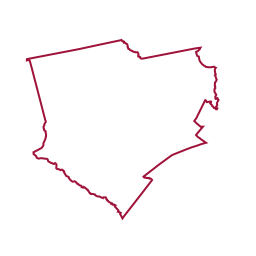 Grajaú, Maranhão, Brazil, rotated 79°
{"feature_id": "56859067B31201037702060", "entity_name": "Grajaú", "entity_type": "district", "adm_level": 2, "iso_a3": "BRA", "parent_name": "Brazil", "parent_adm1": "Maranhão", "projection": "robinson", "projection_center": [-45.931, -5.808], "detail": "fine", "context": "isolated", "style": "outline", "palette": "rose", "viewbox_px": 256, "rotation_deg": 79, "n_neighbors": 0, "source": "geoboundaries", "source_scale": "gbopen_adm2", "svg_char_len": 5519}
<svg xmlns="http://www.w3.org/2000/svg" viewBox="0 0 256 256"><g transform="rotate(79 128 128)"><path d="M40.3,117.6L40.4,118.5L40.5,120.4L40.5,121.6L40.8,141.6L41.0,150.9L41.2,161.6L41.2,163.0L41.2,167.1L41.1,205.9L41.1,214.1L41.6,214.3L42.4,214.4L42.3,213.5L42.4,212.8L42.3,212.2L42.8,211.9L43.3,211.6L47.2,211.3L53.1,210.9L85.0,208.9L104.6,207.7L105.3,207.5L105.8,207.6L106.4,207.6L106.8,207.9L107.3,208.5L107.8,208.9L108.4,209.5L109.2,209.5L109.8,209.9L110.3,210.5L111.1,210.7L111.8,210.9L112.5,210.6L113.7,210.8L114.4,210.5L114.9,210.0L115.4,209.5L116.1,209.8L116.7,209.7L117.6,209.7L118.6,209.6L119.1,209.7L119.7,209.9L120.4,210.0L121.0,210.4L121.5,210.6L122.1,210.8L122.8,211.1L123.2,211.3L124.0,212.0L125.4,212.8L126.0,213.4L126.5,213.8L127.6,214.1L128.2,214.2L128.8,214.4L129.5,214.8L130.0,215.4L130.4,215.9L131.1,216.6L133.8,225.4L134.5,225.3L135.4,225.7L136.6,224.8L137.3,224.1L138.2,223.4L139.0,223.5L139.8,223.2L141.0,221.6L141.0,220.5L141.0,219.5L141.1,218.9L141.2,218.3L141.4,217.8L141.8,217.0L141.9,216.2L142.2,215.5L142.5,214.8L142.6,213.9L143.1,213.1L143.7,212.8L144.6,212.7L145.2,212.7L145.8,212.3L146.3,211.7L146.8,211.1L147.2,210.5L147.7,210.1L148.0,209.2L148.6,208.7L148.9,208.2L149.2,207.5L148.9,207.0L148.5,206.3L149.2,205.6L149.9,205.3L150.6,205.2L151.3,205.4L152.0,205.6L152.4,205.7L153.1,205.9L153.7,206.1L154.3,205.7L154.8,205.3L155.0,204.4L155.2,203.9L155.5,203.5L156.1,202.8L156.5,202.2L156.2,201.6L156.2,200.9L156.8,200.5L157.1,199.8L158.0,199.6L158.4,198.9L158.9,198.9L159.4,199.2L160.0,199.0L160.5,198.9L161.2,198.4L161.7,198.4L162.8,198.0L163.4,197.6L164.2,196.4L164.6,195.7L165.3,195.5L166.0,195.6L166.6,195.2L167.5,194.8L168.0,194.5L168.4,194.1L169.7,193.2L170.1,192.5L170.2,192.0L170.1,190.5L170.7,190.0L171.1,189.4L171.8,189.0L172.6,188.9L173.0,188.1L173.7,187.8L173.8,187.3L174.5,187.0L175.1,186.3L175.5,185.6L175.7,185.0L176.6,184.7L177.3,184.8L177.4,184.0L177.9,183.6L178.1,182.7L177.6,182.5L178.3,181.7L178.9,181.1L179.6,180.7L180.0,180.2L180.5,180.0L181.0,179.4L181.6,179.4L181.9,178.9L183.1,178.6L183.9,178.3L184.6,177.9L184.8,177.4L185.5,177.4L185.8,176.9L185.8,176.4L185.9,175.8L186.3,174.5L186.7,173.6L187.0,173.1L187.7,173.0L188.4,172.3L188.7,171.7L189.3,171.1L189.5,170.4L189.6,169.6L190.0,168.8L190.5,168.4L190.9,167.7L191.5,166.8L192.0,166.0L191.5,165.8L191.4,165.2L191.7,164.0L191.8,163.1L192.8,162.9L193.7,162.8L194.2,162.2L195.1,162.3L195.6,161.5L196.7,161.1L197.6,160.0L198.0,159.4L199.1,159.0L198.8,158.4L199.0,157.9L199.7,157.6L200.2,157.8L200.6,157.2L200.5,156.4L200.9,156.1L201.1,155.6L201.4,155.2L201.6,155.7L202.2,155.7L202.7,155.9L203.3,155.4L203.9,155.0L204.4,154.8L205.0,154.6L205.3,154.1L206.1,153.7L206.9,153.2L207.5,153.4L208.0,153.7L208.0,153.1L208.7,153.1L209.1,152.5L209.5,151.9L209.9,151.3L210.5,151.8L211.0,152.2L211.8,151.8L215.7,150.7L213.6,148.5L203.7,137.1L200.9,133.9L198.9,131.6L196.7,129.1L195.5,127.7L183.7,114.3L183.1,114.6L182.6,114.8L182.1,115.3L181.7,116.0L181.7,116.7L181.0,116.9L181.0,117.6L180.8,118.4L180.7,118.9L180.6,119.4L180.0,120.0L180.0,120.9L179.8,121.4L179.2,121.9L178.7,122.1L172.2,109.2L170.4,105.7L163.3,90.7L163.0,89.6L162.6,88.1L160.2,75.4L159.2,69.7L158.6,64.5L158.4,62.8L157.8,59.1L157.4,54.2L152.8,58.7L152.1,59.2L151.3,59.9L150.8,60.5L150.1,61.2L147.9,62.6L147.5,62.2L141.0,54.2L140.8,55.4L141.0,56.1L140.4,56.6L136.3,59.9L133.8,61.6L133.1,60.9L132.3,60.0L131.0,58.7L129.2,57.4L115.4,46.9L115.7,46.4L116.2,46.4L116.6,46.0L117.6,45.8L117.7,45.2L117.6,44.4L117.7,43.2L117.7,41.9L117.9,41.4L118.6,41.5L119.3,41.9L119.5,42.5L119.9,42.3L120.5,42.1L121.0,41.7L121.9,41.0L122.6,41.1L123.1,40.6L123.5,40.3L123.9,40.0L124.6,39.9L125.2,39.1L125.3,38.6L125.7,38.1L126.4,38.0L126.6,37.2L126.2,36.9L125.7,36.5L125.2,37.1L124.9,37.6L124.4,37.8L123.9,37.5L123.3,36.6L122.7,36.1L122.0,36.0L121.4,36.2L121.0,36.1L120.5,35.9L120.0,35.6L119.5,35.2L119.0,34.8L118.6,34.6L118.2,34.0L117.7,33.8L117.0,34.3L116.5,34.4L115.8,34.5L115.9,35.1L116.2,35.6L116.2,36.3L115.8,36.6L115.2,36.4L114.7,36.2L114.2,36.4L113.7,36.3L113.2,35.7L112.6,35.2L112.0,35.0L111.4,35.4L110.5,35.6L110.0,35.8L109.6,36.1L109.0,36.1L108.1,36.1L107.3,35.8L106.5,35.8L106.0,35.3L105.4,34.6L104.8,34.7L104.0,34.8L103.5,34.4L103.0,34.6L102.3,34.6L101.5,34.3L100.9,34.1L100.1,34.1L99.7,33.7L99.4,33.1L98.9,32.7L98.3,32.2L97.9,31.9L97.3,31.7L96.7,32.0L96.2,31.9L95.7,32.1L95.0,32.2L94.3,32.1L93.6,32.3L92.9,32.6L92.7,32.0L92.0,31.6L91.4,31.9L90.9,32.0L90.1,31.8L89.2,31.8L88.5,31.9L87.9,31.7L87.2,31.6L86.6,31.3L85.6,30.3L85.2,30.9L84.7,31.4L84.2,32.0L84.2,32.7L84.3,33.3L84.2,34.1L84.2,34.6L84.2,35.4L84.0,36.2L83.8,37.2L83.5,38.0L83.2,38.9L82.7,40.2L82.2,40.4L81.6,40.9L81.1,41.7L80.7,42.0L80.3,42.3L79.6,43.0L79.0,43.3L78.2,43.6L77.8,44.0L75.7,44.8L74.5,44.9L73.8,44.9L72.6,44.9L71.4,44.9L70.5,46.2L68.5,46.6L67.7,46.6L66.9,46.7L66.3,46.7L66.0,46.2L66.0,45.5L65.9,44.9L65.5,44.2L65.1,43.7L64.8,43.3L64.5,42.8L64.0,42.2L63.3,42.0L63.0,41.7L62.7,47.2L62.7,81.3L62.7,100.2L62.6,100.9L62.3,101.9L62.0,102.4L61.4,102.4L61.0,102.7L60.6,102.6L60.2,103.0L60.1,103.7L59.8,104.3L58.8,104.2L58.1,103.8L57.6,103.6L57.0,103.6L56.4,103.8L56.0,104.1L55.5,104.2L55.3,104.9L55.3,105.8L55.0,106.4L54.6,106.7L54.5,107.6L54.1,108.3L53.7,108.6L53.2,109.0L52.9,109.8L52.4,110.3L52.1,110.8L51.7,111.3L51.2,111.5L50.6,111.8L50.4,112.5L49.6,112.7L48.8,112.6L48.2,113.0L47.6,112.7L46.9,112.7L46.2,112.7L45.6,112.8L45.0,113.4L44.7,114.0L43.9,114.5L43.7,115.1L43.5,115.8L42.8,115.9L42.4,115.5L41.9,116.1L41.8,116.9L41.2,117.4L40.3,117.6Z" fill="none" stroke="#9f1239" stroke-width="2"/></g></svg>